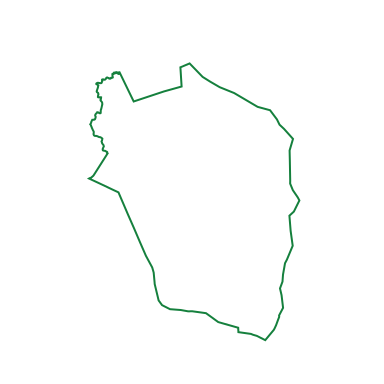 outline of Zapotitlán Lagunas, Guerrero, Mexico, rotated 295°
{"feature_id": "50627088B79587676431474", "entity_name": "Zapotitlán Lagunas", "entity_type": "district", "adm_level": 2, "iso_a3": "MEX", "parent_name": "Mexico", "parent_adm1": "Guerrero", "projection": "albers", "projection_center": [-98.37, 17.786], "detail": "fine", "context": "isolated", "style": "outline", "palette": "green", "viewbox_px": 384, "rotation_deg": 295, "n_neighbors": 0, "source": "geoboundaries", "source_scale": "gbopen_adm2", "svg_char_len": 4660}
<svg xmlns="http://www.w3.org/2000/svg" viewBox="0 0 384 384"><g transform="rotate(295 192 192)"><path d="M106.8,324.5L112.6,324.0L115.7,323.8L116.9,323.1L125.5,323.5L136.3,316.8L141.8,312.5L149.0,311.9L155.6,309.4L166.8,306.4L170.8,306.6L185.8,306.0L198.5,297.8L211.7,290.3L217.3,292.6L229.7,292.9L231.7,290.3L236.3,282.6L241.1,277.4L243.6,276.3L261.8,267.4L270.9,262.9L282.8,261.1L288.1,248.7L290.0,242.9L293.7,238.3L299.1,228.2L296.9,215.5L299.5,188.4L298.7,172.8L299.7,161.8L300.8,153.0L307.5,135.5L300.1,128.8L283.2,138.0L271.3,124.1L249.4,100.9L269.9,75.7L269.7,75.3L269.5,75.1L269.2,74.9L268.8,74.9L268.7,75.1L268.4,75.4L268.3,75.5L268.0,75.6L267.9,75.4L267.9,75.2L268.0,75.0L268.1,74.6L268.3,74.3L268.5,74.1L268.6,73.9L268.8,73.6L268.7,73.3L268.7,73.1L268.6,72.9L268.6,72.6L268.4,72.4L268.2,72.3L267.9,72.6L267.7,72.7L267.5,72.8L267.4,72.7L267.3,72.4L267.3,72.1L267.4,71.9L267.4,71.7L267.5,71.3L267.3,71.0L267.2,70.8L266.9,70.7L266.7,70.7L266.4,70.9L266.3,71.1L266.1,71.2L265.9,71.2L265.7,70.8L265.7,70.6L265.6,70.2L265.4,70.0L265.1,70.1L264.8,70.2L264.7,70.3L264.4,70.4L264.1,70.7L263.8,70.8L263.5,70.9L263.2,71.1L263.1,71.3L262.9,71.5L262.6,71.7L262.3,71.8L262.1,71.7L261.9,71.5L261.7,71.2L261.5,70.8L261.3,70.4L261.0,70.2L260.7,70.4L260.3,70.1L260.0,69.8L260.0,69.7L259.9,69.5L259.9,69.3L259.9,69.0L259.8,68.8L259.9,68.6L260.1,68.3L260.0,68.0L259.9,67.7L260.0,67.1L259.9,66.6L259.6,66.4L259.4,66.2L259.2,66.1L258.8,66.2L258.6,66.2L258.1,66.1L257.8,65.9L257.5,65.8L257.0,65.6L256.9,65.4L256.8,65.2L256.7,65.0L256.6,64.9L256.6,64.4L256.6,64.0L256.4,63.7L256.3,63.4L256.1,63.1L255.8,63.0L255.6,63.0L255.4,63.1L255.3,63.3L255.2,63.6L254.8,63.8L254.6,63.7L254.4,63.7L254.1,63.7L253.7,63.8L253.0,64.0L252.8,63.9L252.5,63.8L252.3,63.7L252.1,63.4L252.0,63.1L251.9,62.9L251.7,62.4L251.6,61.9L251.4,61.5L251.4,61.2L251.3,60.7L251.2,60.5L251.0,60.2L250.7,60.0L250.4,59.7L250.0,59.5L249.6,59.5L249.4,59.6L249.3,59.8L249.3,60.0L249.4,60.4L249.3,60.8L249.2,61.3L249.2,61.7L249.1,62.0L248.9,62.0L248.7,62.1L248.4,62.1L248.2,62.2L247.9,62.3L247.6,62.4L247.3,62.4L247.1,62.5L246.9,62.6L246.4,62.6L245.9,62.7L244.7,62.8L244.3,62.9L243.9,62.9L243.5,63.0L243.2,63.0L242.9,63.1L242.6,63.3L242.4,63.6L242.3,63.8L242.3,64.1L242.2,64.4L242.2,64.8L242.0,65.1L241.7,65.3L241.5,65.5L241.3,65.7L241.1,65.9L240.9,65.9L240.6,65.9L240.3,66.0L240.0,66.0L239.6,66.2L239.2,66.3L238.8,66.4L238.5,66.5L238.3,66.6L238.2,67.0L238.4,67.3L238.5,67.7L238.8,68.1L238.9,68.5L239.1,68.9L239.3,69.3L239.4,69.6L239.2,69.7L238.9,69.8L238.7,69.8L238.3,69.8L238.1,70.0L237.7,69.9L237.4,70.2L237.0,70.1L236.6,70.2L236.3,70.5L236.1,70.9L236.1,71.1L235.9,71.3L235.7,71.8L235.5,72.2L235.3,72.5L235.1,72.7L234.9,72.9L234.5,73.2L234.1,73.3L233.8,73.5L233.5,73.7L233.0,73.7L232.6,73.9L232.2,73.9L231.9,74.0L231.0,74.2L230.5,74.3L230.1,74.4L229.7,74.5L229.2,74.5L228.6,74.7L227.7,74.7L226.8,75.1L226.5,75.2L226.2,75.3L225.9,75.5L225.3,75.7L224.8,75.8L224.7,75.7L224.5,75.4L224.4,75.1L224.3,74.8L224.3,74.5L224.4,74.2L224.5,73.8L224.5,73.3L224.4,72.8L224.2,72.4L223.7,72.5L223.2,72.2L222.7,72.0L222.3,71.9L221.9,71.8L221.4,71.7L220.8,71.8L220.4,71.9L220.1,72.1L219.9,72.4L219.8,72.6L219.5,72.9L219.0,73.1L218.9,73.1L218.3,73.2L217.9,73.3L217.3,73.3L216.9,73.3L216.6,72.9L216.3,72.7L216.0,72.6L215.9,72.2L215.7,71.9L215.5,71.5L215.3,71.1L214.7,71.1L214.2,71.1L213.9,71.1L213.5,71.1L213.0,71.1L212.6,71.2L212.2,71.3L211.8,71.3L211.0,71.3L210.7,71.2L210.3,71.2L210.2,71.5L210.0,71.8L209.7,72.3L209.3,72.5L209.1,72.8L208.9,73.1L208.5,73.5L207.8,74.1L207.6,74.5L207.3,74.8L206.8,75.3L206.4,75.8L206.0,76.3L205.2,77.4L204.4,77.8L203.7,78.1L203.0,78.2L202.6,78.5L202.1,79.0L201.9,79.3L201.8,80.1L201.9,80.5L202.1,80.9L202.3,81.4L202.5,81.9L202.5,82.4L202.6,83.1L202.5,83.6L202.5,84.2L202.6,84.7L202.7,85.1L202.9,85.6L202.9,86.0L202.9,86.5L202.7,87.6L202.5,88.2L202.2,88.3L201.8,88.4L201.2,88.5L200.7,88.7L200.4,88.7L199.7,88.6L199.2,89.0L198.7,89.6L198.3,89.8L197.9,90.4L197.6,90.9L197.4,91.4L197.0,92.1L196.5,92.4L196.1,92.8L195.4,92.8L194.4,92.8L193.2,92.9L192.6,93.2L192.1,93.6L192.2,94.3L192.2,94.9L192.5,95.5L192.6,96.3L192.4,97.0L192.5,97.7L192.4,98.2L192.2,98.4L191.5,98.5L191.3,99.2L176.1,97.2L165.5,95.8L164.7,95.6L164.2,95.3L163.6,95.1L163.0,94.8L162.6,94.6L162.2,94.4L161.8,94.0L161.3,93.4L161.0,93.2L160.7,93.0L160.7,103.8L160.6,119.6L160.6,125.5L144.7,143.3L134.7,154.7L124.5,166.1L114.7,177.2L106.9,187.7L106.5,188.1L102.8,191.3L94.6,196.1L92.8,197.1L79.6,207.6L76.8,212.7L76.5,221.6L80.3,231.7L82.2,238.9L84.0,242.6L88.1,255.9L85.2,270.8L88.5,291.2L84.6,293.3L88.3,305.4L88.4,307.7L89.0,311.5L88.7,321.0L101.6,324.4L103.1,324.5L106.8,324.5Z" fill="none" stroke="#15803d" stroke-width="2"/></g></svg>